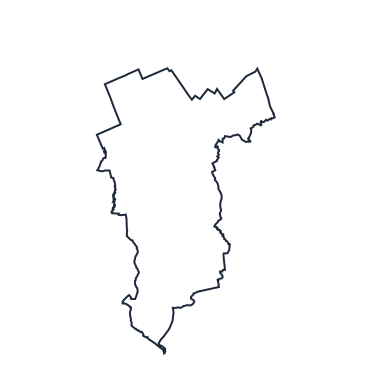 Sfantu Gheorghe, Covasna, Romania (Mercator projection), rotated 245°
{"feature_id": "2599482B96235819306010", "entity_name": "Sfantu Gheorghe", "entity_type": "district", "adm_level": 2, "iso_a3": "ROU", "parent_name": "Romania", "parent_adm1": "Covasna", "projection": "mercator", "projection_center": [25.764, 45.85], "detail": "fine", "context": "isolated", "style": "outline", "palette": "slate", "viewbox_px": 384, "rotation_deg": 245, "n_neighbors": 0, "source": "geoboundaries", "source_scale": "gbopen_adm2", "svg_char_len": 5979}
<svg xmlns="http://www.w3.org/2000/svg" viewBox="0 0 384 384"><g transform="rotate(245 192 192)"><path d="M276.2,303.3L274.5,300.7L274.3,300.1L274.0,290.3L266.4,272.0L264.5,272.5L262.6,260.5L274.8,258.2L271.7,254.2L278.6,249.7L272.9,238.5L277.9,235.5L275.7,230.9L282.1,229.6L311.0,224.8L311.0,222.7L314.6,221.9L315.4,194.9L325.7,195.3L326.0,183.5L325.8,182.7L325.8,180.3L326.2,172.4L326.5,158.6L312.2,157.9L300.5,156.9L283.5,156.0L284.1,130.0L269.0,129.4L269.0,131.0L266.1,130.8L266.2,129.4L264.4,129.2L264.2,130.6L259.9,128.4L259.4,127.8L260.0,126.9L260.0,126.1L259.3,125.0L258.6,124.4L258.0,122.3L257.1,121.9L256.5,121.0L256.3,121.0L255.4,120.0L254.4,119.3L253.6,117.8L252.4,116.8L251.7,115.4L249.0,118.8L248.7,119.6L248.2,122.2L247.1,124.9L246.3,126.4L239.2,124.9L238.0,126.6L237.1,126.3L232.9,126.0L231.0,125.2L229.7,125.0L229.4,124.8L229.6,124.4L228.8,123.6L229.0,124.1L228.7,124.3L227.8,123.8L226.9,123.7L226.4,123.9L226.0,123.2L226.7,122.7L226.0,122.8L225.4,122.6L225.3,122.3L223.8,122.2L223.5,121.8L223.9,121.1L222.6,120.3L223.1,119.8L222.8,119.5L222.1,119.8L221.7,119.5L221.9,119.2L221.8,118.8L220.8,118.5L220.5,118.6L219.5,118.3L219.6,118.9L219.5,119.1L218.5,119.2L218.3,119.0L218.8,118.9L218.4,118.3L218.2,119.0L217.6,119.1L217.4,118.6L217.8,118.2L217.8,117.5L217.0,117.5L216.4,116.6L216.3,117.2L216.0,117.5L215.4,116.9L214.0,116.5L212.9,115.6L212.7,115.7L213.2,116.4L213.1,116.7L212.2,116.5L211.8,115.9L211.4,115.7L211.1,115.2L211.1,114.8L211.4,114.4L211.2,113.7L210.7,113.3L209.6,113.5L209.9,112.9L209.2,112.3L208.2,111.9L208.0,111.6L208.3,111.1L208.2,110.8L207.1,110.4L206.7,110.5L206.2,111.1L203.4,116.4L202.5,115.9L202.2,116.4L201.9,116.3L200.8,118.3L199.5,122.4L195.1,121.2L186.5,117.5L184.7,117.1L183.0,116.0L179.6,114.3L175.0,116.0L174.1,116.5L173.4,117.6L171.7,117.5L170.5,117.6L168.9,118.2L167.7,118.2L165.5,118.9L164.7,118.6L164.4,118.1L163.0,118.2L160.8,117.7L160.0,117.2L159.1,115.7L158.2,114.9L157.2,113.2L155.5,112.1L153.1,110.1L150.1,109.8L148.7,110.0L147.1,109.6L145.8,110.1L144.6,109.9L141.9,110.0L140.9,109.3L140.4,108.5L138.9,106.8L138.0,105.2L137.0,104.2L136.1,103.9L135.8,103.5L135.6,102.9L134.6,102.3L132.0,101.3L131.0,101.5L130.1,101.3L127.8,101.7L124.5,100.6L123.3,99.3L121.5,97.8L119.1,95.3L119.5,94.1L120.9,91.6L122.4,92.1L124.6,91.7L125.2,91.3L124.1,87.5L123.5,86.3L123.3,85.2L122.7,84.4L122.3,83.3L121.6,82.9L121.6,82.6L120.4,82.0L119.9,82.6L120.1,82.9L119.6,83.7L118.1,85.2L117.6,85.3L117.4,85.7L115.6,86.6L115.4,87.0L114.1,87.4L113.8,87.2L113.1,87.9L112.3,87.6L109.5,85.2L107.4,84.1L102.6,82.9L101.3,82.2L100.0,82.2L98.2,81.7L97.4,81.1L96.2,80.7L91.8,82.9L91.7,83.4L91.0,83.4L90.8,83.7L90.0,84.0L89.7,84.5L89.2,84.5L88.7,84.9L88.7,85.2L87.6,85.6L86.9,86.2L86.8,86.7L86.5,86.8L86.1,87.5L83.2,87.7L82.5,87.0L82.2,87.0L81.9,87.4L81.0,87.8L80.2,88.9L79.3,89.3L79.3,90.0L79.0,89.8L77.3,90.6L75.8,91.0L74.4,92.3L73.1,92.8L70.1,94.7L68.9,95.1L60.9,99.3L57.5,98.5L57.7,99.3L58.9,100.5L59.6,100.5L60.5,101.1L61.5,101.4L62.3,100.9L64.3,100.1L67.2,97.9L69.0,97.8L71.1,101.0L71.9,102.4L72.7,104.7L77.4,113.2L79.1,115.3L83.7,120.1L88.9,123.3L90.3,124.3L93.6,125.3L95.1,125.5L95.2,125.8L95.0,126.2L94.2,127.0L94.2,127.5L93.8,128.4L93.3,130.5L91.9,132.7L91.8,134.2L92.0,135.0L92.3,135.7L92.2,136.6L91.8,137.4L91.8,138.2L91.4,139.8L91.1,140.6L89.9,142.4L89.8,143.0L90.0,144.9L90.3,145.8L91.5,147.6L92.0,147.8L93.5,147.6L95.1,146.4L95.8,146.1L96.3,146.1L97.3,146.8L98.0,148.2L98.4,149.7L98.7,150.2L99.5,150.6L99.2,151.6L99.2,155.5L98.8,156.7L98.9,157.5L98.3,158.4L98.3,159.4L94.5,176.2L96.1,176.5L97.0,177.2L99.6,177.5L100.9,178.7L101.1,179.5L101.0,178.1L101.5,178.0L101.7,178.5L101.6,179.3L101.6,181.1L101.1,182.4L101.8,183.7L102.9,184.2L104.5,184.0L106.2,183.4L107.2,183.4L108.1,183.7L107.7,184.9L107.2,185.5L107.1,185.8L108.3,187.1L108.1,187.9L107.5,189.0L119.5,193.1L121.3,193.8L122.9,194.8L121.5,198.3L123.0,200.4L124.1,201.5L125.7,202.3L125.9,202.6L126.8,203.2L127.8,203.3L128.1,203.8L128.4,203.5L128.9,204.0L129.2,203.9L129.6,203.4L129.7,203.0L131.2,203.3L131.8,203.1L132.8,202.7L133.1,202.2L133.5,202.4L135.1,201.9L135.6,201.3L135.9,201.3L136.2,201.7L136.7,201.8L137.9,201.6L138.5,201.7L139.1,201.0L140.0,201.5L139.6,201.9L139.6,202.2L140.2,202.4L140.5,202.4L141.0,201.3L141.4,201.1L142.9,201.2L143.1,200.6L143.3,200.6L143.6,200.9L144.3,200.8L144.6,201.2L144.8,200.9L145.3,201.3L145.9,201.0L146.3,200.2L146.7,199.9L146.8,200.3L147.4,199.9L147.3,199.7L148.5,199.9L148.9,199.6L148.8,199.3L149.2,199.4L149.2,199.1L149.7,198.8L150.2,199.2L150.4,199.1L150.5,198.9L150.4,198.5L151.4,197.7L152.8,199.4L152.9,200.2L153.3,201.0L153.6,202.3L154.9,203.7L154.7,204.5L155.0,206.3L155.7,207.4L157.5,207.3L160.7,208.0L162.9,210.5L163.9,210.9L165.5,211.0L168.9,212.4L171.0,213.7L174.0,216.4L176.7,217.5L180.4,217.6L182.5,217.3L184.2,217.4L185.6,218.2L188.6,218.8L191.4,218.5L192.9,217.9L194.2,218.1L194.7,218.8L199.3,218.3L201.6,218.6L201.9,222.3L205.2,222.4L205.2,222.7L209.3,222.6L209.7,227.8L210.3,227.8L212.0,230.8L213.6,230.0L213.8,231.0L214.6,232.2L216.0,231.8L217.4,232.9L217.8,234.0L218.5,234.3L220.5,233.6L221.9,234.5L222.6,234.4L222.7,234.0L222.4,232.7L222.7,232.0L223.1,232.0L224.5,233.1L226.6,236.6L227.9,238.1L226.1,238.7L225.3,239.6L224.0,240.7L227.4,242.3L227.0,243.5L227.4,244.3L228.7,245.5L225.6,250.1L225.5,250.9L225.8,252.5L225.8,253.2L225.1,255.4L224.7,258.0L222.7,259.1L218.2,259.4L216.2,261.0L214.7,261.8L214.4,262.3L214.2,263.9L213.8,264.2L213.8,264.9L213.2,265.4L213.1,265.7L213.2,266.3L213.6,266.4L214.6,265.9L215.9,265.7L216.6,265.4L217.0,266.4L217.4,266.6L217.9,267.5L220.3,270.2L222.0,271.4L224.8,272.1L224.7,272.3L224.9,274.0L225.2,275.4L226.4,275.9L226.0,277.9L226.4,279.9L224.6,281.7L224.3,281.7L223.4,282.4L223.7,283.3L226.5,283.8L226.9,284.1L226.9,284.9L226.5,285.2L225.6,285.4L225.1,286.6L225.3,287.7L226.2,289.7L224.8,290.5L225.3,293.1L224.4,294.2L225.3,295.2L224.6,296.3L224.7,298.5L228.2,298.7L228.2,299.1L236.7,298.9L245.9,300.9L247.2,300.8L265.7,303.2L276.2,303.3Z" fill="none" stroke="#1e293b" stroke-width="2"/></g></svg>